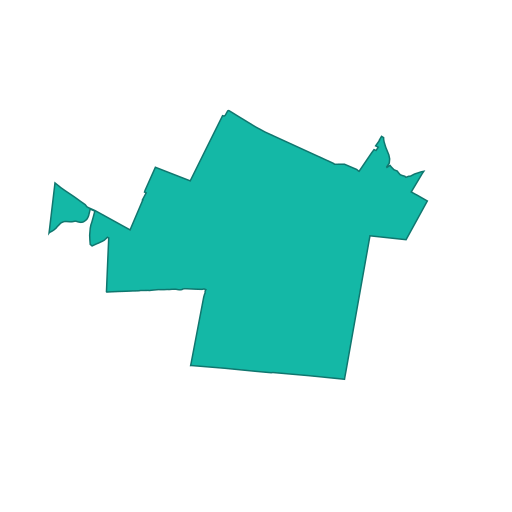 the district of Rosiori, Ialomita, Romania, rotated 160°
{"feature_id": "2599482B56196018895853", "entity_name": "Rosiori", "entity_type": "district", "adm_level": 2, "iso_a3": "ROU", "parent_name": "Romania", "parent_adm1": "Ialomita", "projection": "natural_earth1", "projection_center": [26.549, 44.609], "detail": "fine", "context": "isolated", "style": "filled", "palette": "teal", "viewbox_px": 512, "rotation_deg": 160, "n_neighbors": 0, "source": "geoboundaries", "source_scale": "gbopen_adm2", "svg_char_len": 2624}
<svg xmlns="http://www.w3.org/2000/svg" viewBox="0 0 512 512"><g transform="rotate(160 256 256)"><path d="M419.9,393.4L438.6,356.3L440.2,353.1L442.4,348.8L442.6,348.4L442.3,348.6L441.5,348.8L439.2,349.1L436.7,349.7L435.4,350.2L434.5,350.5L432.5,351.7L430.5,352.6L429.3,353.2L428.2,353.7L427.1,353.9L425.3,354.0L424.2,353.9L422.7,353.4L419.8,352.1L418.4,351.5L416.8,351.0L414.0,350.6L413.2,350.2L411.5,348.9L409.3,347.6L407.8,347.2L406.6,347.1L405.2,347.4L403.5,347.9L401.9,348.7L400.9,349.7L400.3,350.2L399.3,351.4L398.4,352.8L397.3,354.4L396.1,356.3L395.7,356.7L392.1,353.3L395.5,348.4L398.8,343.8L400.5,341.7L402.2,338.9L405.2,332.4L406.6,327.9L407.8,323.6L406.6,321.5L404.5,321.7L402.2,321.9L400.5,322.0L399.6,322.0L397.7,322.2L395.3,322.4L394.2,322.6L393.4,322.7L392.6,323.0L391.4,323.5L391.1,323.6L390.1,324.1L389.2,324.4L389.0,324.1L388.2,323.4L401.0,292.4L408.9,273.2L409.0,273.2L408.7,273.1L408.0,273.0L406.0,272.4L403.1,271.5L397.4,269.7L395.6,269.1L393.8,268.5L389.1,267.0L384.4,265.5L383.8,265.4L383.2,265.1L381.1,264.4L377.7,263.3L377.2,263.3L376.0,263.0L372.7,261.8L369.2,260.6L367.6,259.9L366.9,259.8L365.6,259.5L359.5,257.9L353.5,255.7L351.1,255.0L348.8,254.1L347.6,253.8L346.4,253.5L342.7,252.2L341.7,251.6L340.7,251.0L339.2,250.3L337.8,249.9L337.4,249.9L337.1,249.8L335.8,250.0L334.3,249.7L331.5,248.6L328.7,247.4L323.4,245.2L318.1,243.1L316.1,242.8L314.6,241.6L315.8,240.4L316.5,238.6L317.5,237.6L319.1,235.4L343.0,195.3L353.3,178.0L354.9,175.4L354.0,175.1L323.1,160.9L322.1,160.4L295.0,147.4L281.6,141.1L280.1,140.8L247.3,125.5L215.0,109.9L213.7,112.2L210.7,117.3L195.1,144.3L142.0,236.0L109.4,220.0L76.2,249.1L84.3,258.7L84.5,258.8L88.2,263.1L71.5,276.7L69.4,278.2L71.9,278.6L75.6,278.7L77.9,278.8L79.2,278.8L82.9,278.3L83.7,278.2L85.2,278.7L88.2,278.7L88.5,279.0L88.8,280.0L90.9,281.5L92.7,283.1L93.7,285.7L94.2,287.5L96.8,289.8L98.4,293.3L99.1,295.3L102.6,294.5L102.7,295.0L99.0,297.7L97.2,301.5L96.6,305.5L96.9,313.8L96.6,319.4L96.2,321.7L95.6,323.6L97.1,325.5L100.5,322.7L100.4,322.4L105.9,318.6L103.9,316.4L107.1,314.1L108.7,315.6L112.2,313.3L130.2,300.3L130.5,300.6L131.8,302.9L141.5,312.0L151.0,315.4L151.2,316.2L205.0,369.3L212.3,377.5L225.7,394.3L228.9,398.4L231.4,401.5L231.9,402.0L232.5,402.1L233.0,402.0L236.8,398.7L237.6,398.5L238.3,398.5L239.0,399.0L239.4,399.3L265.8,374.2L292.1,349.1L292.8,349.7L320.2,373.8L337.7,355.7L338.9,354.2L337.6,352.9L343.5,347.6L343.2,347.3L343.7,346.8L365.4,323.6L391.5,353.5L394.9,356.8L396.9,358.7L398.1,360.1L398.9,362.6L402.5,367.8L405.6,372.4L407.2,374.7L412.9,382.5L415.9,386.8L419.9,393.4Z" fill="#14b8a6" stroke="#0f766e" stroke-width="1.5"/></g></svg>